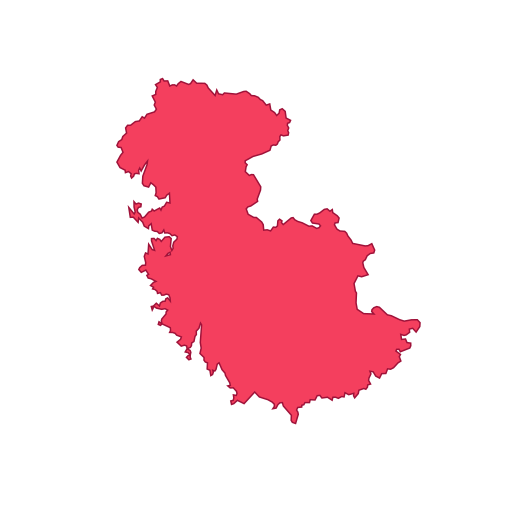 outline of Cambará do Sul, Rio Grande do Sul, Brazil, rotated 123°
{"feature_id": "56859067B78866840167821", "entity_name": "Cambará do Sul", "entity_type": "district", "adm_level": 2, "iso_a3": "BRA", "parent_name": "Brazil", "parent_adm1": "Rio Grande do Sul", "projection": "natural_earth1", "projection_center": [-50.124, -29.059], "detail": "fine", "context": "isolated", "style": "filled", "palette": "rose", "viewbox_px": 512, "rotation_deg": 123, "n_neighbors": 0, "source": "geoboundaries", "source_scale": "gbopen_adm2", "svg_char_len": 6128}
<svg xmlns="http://www.w3.org/2000/svg" viewBox="0 0 512 512"><g transform="rotate(123 256 256)"><path d="M372.4,176.4L370.0,167.7L369.7,162.9L370.3,160.0L372.1,158.7L374.9,158.7L372.6,156.3L368.7,156.7L366.1,156.0L364.6,154.0L366.9,151.4L370.3,139.6L374.7,137.0L375.7,134.9L374.9,131.6L365.8,134.3L364.1,135.9L363.1,138.1L360.3,138.5L357.8,135.4L356.2,136.3L354.7,134.9L352.3,135.1L349.8,131.3L347.0,132.3L344.6,128.1L339.8,128.6L338.1,126.5L339.2,123.4L335.5,119.1L335.5,113.6L332.6,114.6L331.1,112.4L330.5,109.4L327.2,107.6L326.2,105.4L322.2,106.9L321.8,102.7L317.9,99.2L320.1,98.0L321.2,96.0L315.7,95.3L312.5,96.6L308.4,93.4L307.9,91.3L305.3,91.1L303.3,92.1L301.0,90.2L299.0,93.8L296.8,94.8L292.3,95.4L290.6,97.7L289.3,94.7L291.5,90.2L291.1,85.9L286.2,86.5L283.8,83.1L279.0,84.2L277.6,81.4L274.8,79.8L268.3,78.7L265.2,77.3L262.4,81.0L259.9,81.2L259.5,86.9L257.7,87.2L256.3,85.3L257.7,82.8L249.4,76.9L247.0,77.3L244.8,78.8L246.4,82.2L244.2,85.4L246.7,88.5L242.9,91.9L242.0,88.6L240.4,87.1L236.3,85.6L233.8,87.6L231.3,85.2L232.6,80.3L226.0,80.2L222.6,82.1L221.6,86.0L224.8,90.8L229.9,96.2L231.2,100.9L232.4,110.0L233.8,113.8L231.8,124.6L232.7,127.2L235.2,129.0L237.8,129.5L239.6,128.7L240.4,125.5L245.7,134.3L245.6,142.1L240.8,146.6L232.3,151.6L231.4,153.5L225.7,158.8L217.1,159.7L215.9,156.1L210.6,151.8L206.9,159.3L203.5,162.8L201.8,163.2L199.6,162.3L195.3,162.9L191.7,161.6L189.3,158.9L186.4,159.7L182.6,165.6L186.4,167.7L188.1,169.9L192.8,181.8L190.9,184.9L189.1,190.0L187.5,192.4L187.0,195.0L189.3,199.2L189.4,202.7L187.1,207.2L185.2,207.7L183.3,205.4L178.9,207.0L178.0,209.8L177.8,215.3L175.5,217.3L178.2,218.4L177.7,222.0L179.7,224.1L185.1,226.0L187.7,227.6L189.2,229.8L196.4,229.3L197.6,226.6L194.9,220.7L195.6,218.3L198.0,218.6L199.8,220.1L200.2,225.3L202.2,227.8L203.0,235.3L204.3,239.9L204.5,243.2L203.6,245.8L204.9,247.2L214.8,250.3L214.1,252.9L212.4,253.3L212.3,256.3L214.6,256.8L219.1,254.4L221.2,255.0L222.3,257.2L227.0,257.4L227.9,260.8L230.1,263.6L225.8,267.0L224.4,269.7L223.5,276.7L224.9,278.9L225.3,285.3L221.8,289.9L219.1,289.5L216.9,287.6L209.3,284.4L207.6,286.0L198.3,288.1L195.4,289.7L189.2,302.4L190.2,304.2L192.1,305.5L191.1,310.9L186.6,312.9L184.3,313.1L183.7,315.9L182.0,316.9L174.1,312.7L167.2,306.7L159.7,301.9L155.4,303.2L153.4,301.9L152.3,299.7L150.5,299.1L148.1,299.6L145.7,299.1L142.9,301.1L140.8,301.0L140.3,298.4L137.1,294.9L134.8,295.8L133.6,297.7L130.8,298.3L129.4,300.9L127.5,301.8L125.8,300.5L123.4,300.9L123.9,305.9L118.8,310.3L118.2,314.2L120.5,315.7L123.7,314.4L126.9,315.2L125.6,318.5L125.5,323.1L121.0,327.3L123.9,329.6L122.1,335.0L122.4,337.7L121.7,340.5L122.4,344.4L124.0,347.3L123.3,349.7L123.2,354.0L124.7,355.9L131.0,360.7L136.5,371.3L138.9,371.8L140.4,375.7L138.2,379.3L143.7,377.7L141.1,387.6L139.4,390.3L139.1,393.0L143.4,399.8L142.5,404.7L147.1,404.8L148.8,405.9L150.5,414.0L153.9,415.1L156.7,415.2L156.8,417.5L158.1,419.4L160.4,420.9L157.2,425.4L159.3,428.4L158.1,431.0L160.1,432.4L162.1,431.1L167.0,433.6L168.4,430.5L172.6,429.7L175.1,428.1L178.3,430.2L181.8,424.2L184.8,423.6L187.1,419.5L190.4,419.6L196.5,424.6L201.1,424.6L201.2,427.3L206.3,427.4L209.0,430.4L214.7,432.4L216.3,434.9L219.6,435.1L223.4,431.5L228.3,432.8L231.5,432.0L234.9,433.5L239.0,432.9L239.8,430.9L238.5,428.2L241.5,424.0L245.2,424.4L253.0,423.8L255.9,418.2L255.3,412.5L257.2,410.9L254.6,408.9L255.0,405.5L257.2,404.7L258.4,402.8L255.7,402.1L253.3,402.7L251.9,401.4L250.7,398.9L248.1,401.1L245.6,401.4L247.3,398.6L240.2,399.1L235.5,398.7L238.8,397.1L250.7,394.4L256.9,390.9L258.1,388.2L256.7,383.6L251.9,384.1L252.1,380.9L252.8,377.5L257.4,374.2L260.2,373.4L259.9,371.1L261.1,368.4L256.6,363.9L253.6,364.0L250.5,362.8L258.4,357.0L259.6,360.2L264.0,360.0L266.1,361.3L269.3,360.7L268.2,362.9L273.7,365.9L273.3,368.5L275.2,368.1L277.7,369.9L284.0,370.7L286.2,372.2L284.0,375.9L283.8,378.8L282.0,380.8L279.3,381.0L277.4,379.4L274.9,380.6L275.6,383.3L277.8,385.0L276.9,387.9L281.4,384.9L284.9,381.3L287.1,381.1L284.6,389.1L292.0,382.5L290.3,380.0L292.0,373.2L288.0,375.1L289.4,369.4L291.8,366.0L291.6,361.1L289.1,362.4L286.0,361.5L290.8,357.1L290.4,354.5L289.2,352.1L289.8,349.4L287.8,347.5L284.4,347.5L286.4,345.1L284.8,342.9L284.1,340.6L284.7,337.5L282.6,335.6L282.6,332.5L284.9,331.5L289.2,332.5L292.8,331.3L294.7,329.7L297.2,329.6L294.6,333.0L287.6,336.6L287.1,339.3L289.8,342.6L295.4,343.4L294.5,345.8L294.9,348.3L297.5,348.2L296.8,351.1L298.3,353.1L300.2,351.9L306.5,344.1L307.2,346.5L304.6,352.4L313.1,347.7L313.6,350.3L317.2,349.5L321.6,344.9L323.9,343.7L325.8,346.3L329.1,347.2L331.2,346.9L332.2,343.3L327.8,340.7L329.9,336.1L331.7,337.0L333.2,334.4L332.2,331.4L331.8,326.1L334.0,327.6L338.2,328.4L338.0,324.9L339.9,324.8L339.1,322.4L339.5,319.7L341.0,318.2L338.8,316.2L340.2,313.8L338.9,311.9L336.9,310.6L336.0,308.1L338.0,305.2L340.5,303.3L339.2,307.3L341.0,308.3L343.4,307.6L344.8,309.5L347.6,310.6L350.5,309.7L349.9,313.9L353.9,314.8L353.9,311.0L352.1,306.1L349.7,303.5L349.5,300.6L351.9,300.9L353.6,299.9L360.1,300.7L361.9,300.1L364.1,297.9L362.8,288.8L365.0,287.1L367.1,286.8L365.6,284.4L364.9,281.8L365.6,279.4L364.5,274.5L366.9,273.9L371.3,275.3L372.3,269.6L369.8,267.5L369.2,265.2L371.3,263.3L368.4,261.3L366.4,261.3L364.0,262.6L361.5,261.5L356.6,263.4L354.4,263.2L351.5,265.2L347.8,264.5L342.5,266.0L343.4,264.1L358.9,255.6L363.1,251.8L368.3,249.9L369.4,244.3L371.7,242.9L372.5,240.8L372.0,238.5L377.4,235.4L376.9,232.4L380.9,228.8L379.1,227.9L376.7,228.5L375.4,230.0L374.9,227.9L372.9,227.8L367.8,229.6L365.7,228.8L369.8,222.6L371.1,218.2L372.8,216.5L376.6,209.0L378.5,207.1L380.3,208.9L380.7,205.8L378.9,203.2L380.1,198.7L381.6,197.1L383.7,196.6L384.8,199.3L387.1,197.3L389.5,196.5L391.3,198.2L393.8,195.7L391.9,194.2L387.2,193.0L386.3,185.6L370.8,183.0L372.4,176.4ZM301.5,328.5L305.0,331.6L301.8,331.3L299.7,330.1L301.5,328.5ZM374.8,257.2L372.3,258.2L371.1,259.8L371.3,263.3L375.0,263.1L374.0,260.2L374.8,257.2ZM374.8,257.2L376.5,258.7L378.9,259.1L379.6,255.8L377.8,254.5L376.7,256.1L374.8,257.2ZM364.1,297.9L364.0,301.5L366.6,300.7L366.2,298.3L364.1,297.9ZM353.9,314.8L355.4,316.3L357.8,313.6L355.9,313.8L353.9,314.8Z" fill="#f43f5e" stroke="#9f1239" stroke-width="1.5"/></g></svg>